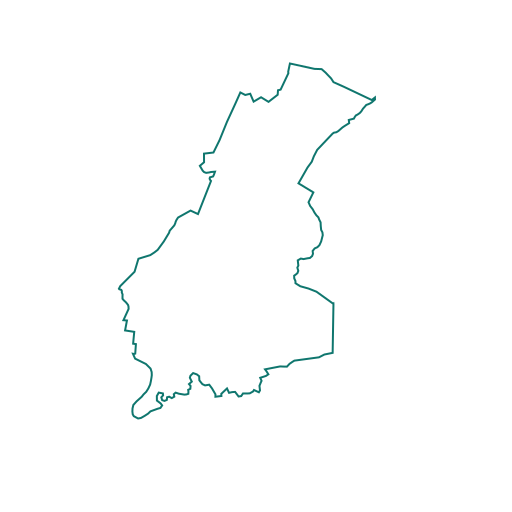 Perak Tengah, Perak, Malaysia, rotated 25°
{"feature_id": "92858781B97435964158184", "entity_name": "Perak Tengah", "entity_type": "district", "adm_level": 2, "iso_a3": "MYS", "parent_name": "Malaysia", "parent_adm1": "Perak", "projection": "orthographic", "projection_center": [100.916, 4.265], "detail": "fine", "context": "isolated", "style": "outline", "palette": "teal", "viewbox_px": 512, "rotation_deg": 25, "n_neighbors": 0, "source": "geoboundaries", "source_scale": "gbopen_adm2", "svg_char_len": 3134}
<svg xmlns="http://www.w3.org/2000/svg" viewBox="0 0 512 512"><g transform="rotate(25 256 256)"><path d="M205.4,67.2L207.3,75.4L208.1,76.7L208.0,94.8L205.9,96.5L207.5,100.7L202.2,111.0L193.5,110.0L188.6,117.1L182.2,111.4L178.2,114.6L172.7,114.4L172.9,126.9L173.0,146.7L174.0,166.3L173.7,180.2L165.6,185.2L169.3,193.0L167.0,198.0L171.6,201.2L173.5,201.9L175.7,201.7L178.2,200.1L179.7,198.9L183.2,196.9L183.5,200.1L183.5,202.0L182.5,202.9L181.0,204.2L181.3,205.6L182.4,206.5L183.5,207.0L185.7,242.5L177.5,242.5L169.1,254.1L168.7,257.0L168.7,258.8L169.0,260.6L169.0,262.8L167.1,269.5L167.4,271.7L166.3,281.8L164.3,292.0L162.4,295.7L159.8,299.9L150.6,308.2L152.6,321.6L145.7,340.6L145.6,343.6L146.2,343.9L148.2,343.6L149.2,344.4L149.8,345.8L151.3,347.2L152.3,349.5L153.1,351.2L154.8,352.0L157.6,352.9L159.3,353.7L160.8,354.5L161.8,355.7L162.9,357.8L163.0,370.2L166.3,369.0L168.8,378.8L177.7,376.2L181.7,387.4L184.4,386.6L187.8,395.5L186.9,396.3L185.8,396.6L189.8,400.1L201.9,400.4L208.0,402.6L210.5,405.3L211.9,408.0L212.6,410.2L213.6,413.8L214.4,417.3L214.4,421.6L213.9,425.5L212.6,428.9L211.9,431.9L209.2,438.2L207.8,442.8L208.5,446.3L209.7,449.2L211.2,451.6L212.9,452.8L217.8,453.1L220.2,451.4L222.6,448.0L224.8,444.5L226.0,441.4L231.4,436.0L233.6,434.1L233.9,432.2L234.1,431.1L231.9,429.9L227.3,428.9L225.3,424.8L225.6,420.9L229.7,419.9L230.7,421.6L229.9,424.1L231.9,426.3L234.3,426.0L236.0,424.1L235.1,421.6L236.8,420.2L239.7,420.4L241.4,418.0L239.9,416.0L240.9,413.8L244.3,413.4L247.2,412.6L249.7,411.9L251.4,410.9L252.9,409.5L252.1,407.5L251.1,406.0L252.6,404.1L251.6,401.4L249.4,400.4L250.9,397.0L247.5,394.3L247.2,392.2L248.5,388.7L252.4,388.3L255.3,389.0L257.2,392.6L259.7,393.9L261.6,394.8L264.5,394.8L268.0,392.4L272.1,394.6L277.7,398.5L278.7,400.7L283.8,397.5L282.8,395.6L285.7,388.3L289.4,391.4L291.8,389.5L294.5,388.0L299.6,390.7L301.8,389.2L302.3,386.1L306.0,384.4L308.4,383.1L310.6,380.0L310.8,378.3L316.2,378.3L316.4,376.1L314.0,372.2L313.8,368.3L313.8,366.8L311.3,364.6L315.7,360.5L317.2,358.0L314.3,356.1L312.1,354.9L324.5,345.9L328.1,344.4L330.8,343.2L332.0,339.5L333.7,336.6L335.0,334.6L337.2,333.2L355.9,321.2L359.6,316.4L366.4,311.4L346.5,266.8L346.2,266.3L346.0,266.6L325.9,262.8L317.4,263.3L308.9,264.7L303.3,264.0L302.3,262.0L300.1,260.1L298.9,257.7L299.9,256.0L300.8,254.0L300.6,251.6L298.4,249.1L298.4,246.7L297.2,244.8L295.7,242.3L297.7,239.4L300.4,238.7L303.8,236.2L305.7,235.0L306.9,232.3L306.7,229.9L305.2,227.5L306.0,224.3L307.9,222.1L308.9,219.4L308.9,215.3L307.7,208.9L306.2,206.5L304.0,204.8L302.1,201.6L300.3,198.2L297.9,196.3L296.2,194.6L293.5,193.6L290.6,191.9L287.7,189.7L284.0,187.8L280.9,185.1L281.1,174.1L263.8,172.2L265.3,154.0L266.7,147.0L266.3,141.1L266.6,133.9L273.7,112.7L274.5,111.3L276.5,109.9L277.8,108.0L278.9,105.5L280.0,103.0L281.5,100.5L284.3,96.2L282.6,93.5L286.7,90.1L286.7,88.7L287.1,86.4L288.2,85.0L289.6,82.6L290.3,80.4L290.7,77.3L291.5,74.7L292.1,72.5L293.7,70.9L294.9,69.5L296.0,67.8L297.7,63.9L296.8,62.1L296.2,63.3L295.0,65.7L264.0,65.5L252.8,65.7L249.0,63.3L244.6,61.6L241.6,60.4L236.5,58.9L229.9,61.7L205.4,67.2Z" fill="none" stroke="#0f766e" stroke-width="2"/></g></svg>